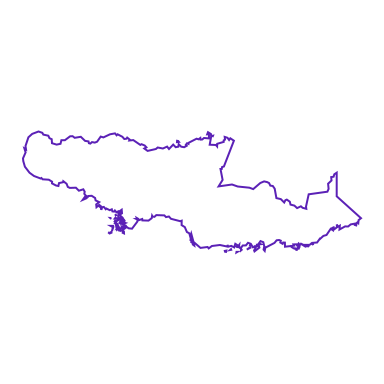 outline of Kandrian/Gloucester District, West New Britain, Papua New Guinea
{"feature_id": "67681753B75341820849490", "entity_name": "Kandrian/Gloucester District", "entity_type": "district", "adm_level": 2, "iso_a3": "PNG", "parent_name": "Papua New Guinea", "parent_adm1": "West New Britain", "projection": "albers", "projection_center": [149.495, -5.876], "detail": "fine", "context": "isolated", "style": "outline", "palette": "violet", "viewbox_px": 384, "rotation_deg": 0, "n_neighbors": 0, "source": "geoboundaries", "source_scale": "gbopen_adm2", "svg_char_len": 6100}
<svg xmlns="http://www.w3.org/2000/svg" viewBox="0 0 384 384"><path d="M233.9,140.7L230.3,138.3L229.1,140.0L227.5,137.8L224.7,136.9L225.0,139.6L223.7,140.4L223.7,141.9L217.2,143.8L217.1,146.4L215.9,145.0L209.7,144.7L211.3,135.8L210.9,134.0L208.0,132.2L207.2,134.3L208.9,134.1L209.0,138.4L204.0,138.0L202.2,139.5L200.5,139.6L200.3,138.0L198.5,139.3L196.6,138.7L188.6,142.8L188.5,143.9L187.0,143.3L185.8,144.9L186.7,145.8L184.2,147.2L181.2,146.7L178.7,144.2L178.3,146.7L175.7,147.2L173.2,144.6L169.0,149.0L167.1,146.6L162.9,148.5L157.7,147.5L155.9,149.0L147.6,150.9L144.3,148.5L146.4,147.3L144.7,145.5L141.5,144.2L140.3,144.9L133.3,140.1L129.3,140.5L129.7,139.6L127.2,137.6L126.5,138.7L124.3,139.0L122.4,136.8L117.6,134.3L116.6,135.3L115.0,133.4L110.0,134.3L103.4,137.4L100.7,136.6L97.1,141.7L94.8,142.6L92.0,142.1L90.3,143.6L88.9,143.2L88.5,141.4L85.1,140.9L80.8,136.8L74.7,137.8L72.6,136.2L70.1,136.3L64.9,140.2L61.4,140.2L60.5,143.8L56.6,144.6L52.0,143.2L51.7,139.2L49.5,138.2L48.3,135.7L43.3,134.6L42.3,132.8L38.5,131.5L32.2,133.9L28.4,137.3L25.5,146.0L26.0,149.4L24.4,148.4L25.6,152.4L23.0,158.4L23.3,161.2L24.9,166.7L29.5,172.7L34.0,176.0L40.6,178.5L41.4,178.0L42.6,179.3L48.8,179.7L52.1,181.7L52.0,183.4L56.0,185.5L58.4,186.0L59.0,183.1L63.1,182.2L63.3,181.2L66.6,183.8L67.8,186.9L69.8,187.9L75.9,187.7L78.9,190.7L83.3,189.3L84.7,191.7L84.3,193.8L85.8,195.6L82.7,199.9L86.6,198.2L86.6,196.1L87.9,196.8L88.4,196.0L91.7,195.8L95.1,198.0L95.6,200.4L99.2,202.1L96.2,204.4L96.5,207.2L99.2,204.9L102.2,207.3L103.8,206.9L105.7,209.2L106.3,208.5L109.8,210.2L111.8,209.3L112.4,211.4L114.1,211.6L114.9,210.5L116.3,212.2L118.4,211.3L118.8,212.7L117.6,213.6L120.0,213.1L120.2,210.8L121.7,209.7L122.0,213.3L119.5,214.9L120.6,215.9L118.3,215.4L118.2,217.3L119.0,218.3L121.1,217.4L122.7,218.2L124.6,220.7L123.9,222.5L125.5,223.0L122.6,224.3L125.6,225.6L124.4,227.9L123.2,228.2L123.5,226.8L121.7,226.4L122.6,230.0L126.8,227.0L128.6,228.3L132.0,228.7L137.2,221.8L137.7,219.7L136.1,218.9L137.1,218.8L136.8,218.0L138.3,218.9L138.5,220.3L142.2,219.0L142.4,220.4L148.5,220.6L151.7,218.2L152.1,215.7L152.6,216.6L154.5,216.8L156.3,215.1L164.4,215.4L166.0,217.1L168.9,216.5L171.0,218.8L180.2,221.2L181.7,220.7L181.6,225.1L184.8,227.1L186.9,232.0L189.3,233.3L190.4,237.3L191.3,233.8L193.5,241.9L200.5,247.9L207.6,247.0L208.7,248.4L211.9,246.0L219.9,245.0L227.5,246.6L227.5,244.9L228.3,246.6L231.3,245.9L234.2,247.4L235.3,243.8L238.4,245.8L239.2,244.8L238.9,247.1L240.6,248.5L242.7,245.5L245.9,245.4L248.0,242.8L250.5,243.7L250.1,245.0L251.3,244.7L252.9,247.3L254.7,246.9L254.7,245.4L255.7,247.7L254.1,250.4L254.5,251.4L259.4,247.6L259.0,246.2L257.0,246.3L256.9,244.7L260.8,244.2L259.0,243.2L260.5,241.1L263.3,242.2L264.4,246.8L265.9,247.4L274.5,242.9L276.6,240.3L279.1,240.0L280.8,240.7L280.3,242.5L282.6,243.8L283.2,242.5L284.9,242.6L285.0,246.7L294.0,245.7L293.4,244.4L296.3,244.3L297.0,245.3L298.6,243.4L299.4,244.5L297.9,245.7L298.6,246.7L301.0,243.7L303.5,244.9L309.6,244.9L312.0,242.9L317.1,242.5L320.4,237.9L320.2,238.8L323.4,235.9L326.5,235.0L330.7,228.8L332.7,230.1L332.3,227.9L333.7,227.3L334.4,229.2L336.9,227.3L336.8,224.5L338.1,226.7L339.8,225.7L339.5,229.5L345.1,226.4L348.1,226.5L350.7,224.4L355.5,223.5L354.9,225.0L356.2,225.4L356.7,223.0L357.6,222.2L358.3,223.0L358.6,220.1L361.0,218.2L336.7,196.3L336.7,172.7L334.3,174.3L333.6,176.7L331.2,177.1L331.5,180.5L328.1,183.7L328.6,188.9L327.4,191.7L308.7,194.3L306.0,206.6L306.3,208.8L302.6,207.8L300.9,206.3L297.1,208.1L294.4,205.6L290.5,204.6L289.8,201.7L286.8,199.6L285.4,200.2L284.2,202.5L280.8,199.1L276.4,198.1L274.7,188.7L272.8,186.0L270.3,185.6L269.1,183.1L267.2,182.1L264.1,181.4L260.3,183.0L253.2,189.1L249.4,187.7L237.7,186.5L232.0,184.5L218.6,186.4L222.6,179.9L220.5,169.0L221.7,169.0L222.1,167.0L223.9,166.5L233.9,140.7ZM121.0,218.6L118.6,218.7L118.5,219.8L119.7,219.2L121.9,220.8L123.1,220.2L121.0,218.6ZM113.1,225.9L110.6,225.9L112.9,227.2L112.0,230.9L113.4,226.9L113.1,225.9ZM264.7,250.9L265.2,248.2L264.0,247.6L263.6,249.6L264.7,250.9ZM246.8,249.6L250.4,247.7L250.2,247.2L246.8,249.6ZM305.4,246.6L306.3,245.9L305.7,245.3L303.1,245.2L305.4,246.6ZM194.3,245.6L194.1,244.2L192.6,242.9L192.8,244.5L194.3,245.6ZM124.0,233.4L123.9,231.5L123.1,231.1L122.7,232.8L124.0,233.4ZM120.2,221.6L119.5,222.9L120.4,223.6L121.3,222.0L120.2,221.6ZM118.4,226.3L117.6,224.3L116.4,225.0L118.4,226.3ZM101.3,207.9L99.6,205.8L99.0,206.2L101.3,207.9ZM120.7,228.7L119.0,227.2L118.1,226.7L119.6,229.1L120.7,228.7ZM111.5,232.7L111.5,231.6L110.1,232.9L108.2,232.4L109.6,233.5L111.5,232.7ZM177.1,140.8L177.0,142.1L178.9,141.9L178.2,141.0L177.1,140.8ZM226.0,251.9L226.3,250.6L224.8,250.9L225.0,251.7L226.0,251.9ZM121.6,231.1L119.3,229.7L119.1,230.5L121.6,231.1ZM299.3,247.4L298.0,247.4L297.3,248.3L298.7,248.7L299.3,247.4ZM191.6,240.3L191.7,239.0L190.7,238.6L190.5,240.0L191.6,240.3ZM192.2,242.7L192.7,241.7L191.5,240.9L191.2,242.0L192.2,242.7ZM117.2,228.9L118.0,228.1L116.8,228.5L117.0,229.8L118.6,228.7L117.2,228.9ZM114.8,218.5L116.6,218.5L115.5,217.6L114.8,218.5ZM123.3,221.9L124.2,220.8L124.1,220.4L122.3,221.2L123.3,221.9ZM116.3,221.3L115.1,220.6L114.6,221.5L115.2,221.9L116.3,221.3ZM295.5,248.4L292.9,248.1L295.7,248.8L295.5,248.4ZM101.8,208.4L100.3,209.0L101.6,209.1L101.8,208.4ZM122.7,223.6L123.5,222.9L123.0,222.2L122.1,222.9L122.7,223.6ZM116.5,228.0L117.3,227.1L116.2,226.3L116.5,228.0ZM115.8,223.9L116.4,223.0L116.1,222.6L115.0,223.3L115.8,223.9ZM238.1,247.1L237.9,246.2L236.5,246.6L237.0,247.0L238.1,247.1ZM236.4,252.5L237.4,251.9L236.5,251.9L236.4,252.5ZM296.3,249.9L297.7,249.7L296.0,249.3L296.3,249.9ZM230.1,250.0L231.2,249.8L231.0,249.2L230.1,250.0ZM114.9,215.4L116.0,215.2L115.8,214.8L114.9,215.4ZM292.4,247.5L291.8,246.3L291.3,246.2L291.5,247.0L292.4,247.5ZM241.7,249.8L241.1,248.9L241.0,250.4L241.7,249.8ZM312.6,244.4L313.8,243.8L312.3,244.2L312.6,244.4ZM117.2,220.6L117.9,220.3L117.3,219.6L117.2,220.6ZM213.0,135.7L212.0,135.9L212.8,136.2L213.0,135.7ZM110.6,218.4L111.3,218.1L110.2,218.0L110.6,218.4ZM305.9,246.4L307.3,246.2L307.5,245.9L305.9,246.4ZM308.3,246.3L309.1,245.8L308.1,246.0L308.3,246.3Z" fill="none" stroke="#5b21b6" stroke-width="2"/></svg>